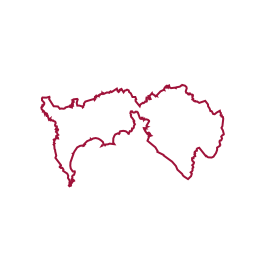 Cirebon, Jawa Barat, Indonesia, rotated 141°
{"feature_id": "22746128B77544549346240", "entity_name": "Cirebon", "entity_type": "district", "adm_level": 2, "iso_a3": "IDN", "parent_name": "Indonesia", "parent_adm1": "Jawa Barat", "projection": "orthographic", "projection_center": [108.584, -6.761], "detail": "fine", "context": "isolated", "style": "outline", "palette": "rose", "viewbox_px": 256, "rotation_deg": 141, "n_neighbors": 0, "source": "geoboundaries", "source_scale": "gbopen_adm2", "svg_char_len": 5937}
<svg xmlns="http://www.w3.org/2000/svg" viewBox="0 0 256 256"><g transform="rotate(141 128 128)"><path d="M206.1,127.0L206.5,123.4L206.8,123.4L207.1,122.5L207.8,122.5L208.2,122.0L208.0,121.7L208.5,121.2L210.2,120.5L210.1,119.6L209.3,119.6L208.9,119.1L208.2,119.4L207.8,120.4L206.1,120.7L205.9,121.3L203.1,120.9L203.0,121.8L203.8,122.8L204.4,123.0L204.2,123.6L202.6,124.1L202.1,125.3L201.0,125.9L199.3,125.6L197.0,127.2L196.7,127.9L198.3,129.0L198.0,132.5L196.6,135.0L194.2,137.6L186.9,142.1L186.9,142.7L186.5,142.5L184.3,143.5L179.7,144.9L176.5,144.3L174.1,142.9L174.2,142.2L173.4,142.0L173.3,142.7L171.8,142.4L171.8,143.1L168.0,143.5L164.4,142.4L163.9,142.9L163.8,142.1L161.7,141.8L159.4,140.5L157.7,138.3L156.8,135.7L156.3,133.0L157.3,130.4L156.7,129.8L156.7,129.0L155.7,129.2L153.8,127.9L152.1,127.4L148.8,124.0L148.6,126.1L145.9,129.2L143.3,130.6L141.9,131.0L139.2,130.2L138.7,129.0L138.0,129.1L137.6,129.8L136.2,130.4L133.5,128.8L131.8,126.9L131.2,124.5L131.4,123.5L131.1,123.0L128.6,124.4L127.7,123.5L126.9,123.5L125.8,124.1L125.9,124.5L125.2,125.0L125.1,124.8L124.9,124.5L123.3,124.6L122.1,125.9L120.2,126.6L120.3,127.6L119.6,129.3L119.2,129.0L118.7,129.5L118.4,133.4L118.6,134.2L118.0,135.9L117.3,136.3L116.9,138.0L115.4,139.1L114.8,138.8L114.3,138.3L114.6,137.7L114.1,136.6L113.1,135.8L111.8,135.9L110.8,135.0L110.9,133.9L110.6,133.7L112.5,128.4L112.4,127.7L111.8,127.3L112.2,127.0L111.9,126.7L111.1,127.2L110.9,126.6L110.3,126.6L110.7,125.4L109.7,125.0L110.2,124.4L109.7,124.5L109.9,124.1L108.3,123.2L107.3,121.7L107.1,120.3L107.4,119.9L112.2,118.1L112.5,117.5L112.0,116.7L112.9,117.0L114.1,116.7L114.1,116.3L115.3,117.5L115.3,116.8L116.1,117.1L116.3,115.9L115.9,115.4L116.6,114.7L116.7,111.0L115.2,110.6L115.2,111.5L114.7,111.3L114.5,109.9L115.2,109.6L114.7,107.5L116.0,108.0L116.4,109.0L117.2,108.7L117.6,107.7L120.9,105.8L118.9,95.8L119.5,91.5L120.2,91.0L117.3,84.7L117.6,84.2L114.9,74.1L114.7,68.3L115.8,64.5L114.8,58.2L115.2,56.6L114.9,54.8L113.5,50.5L109.3,50.9L107.2,52.3L107.2,54.1L105.6,54.0L104.4,54.5L103.3,56.1L102.1,56.2L101.6,57.1L101.5,58.7L99.4,58.9L98.3,59.8L98.7,61.4L98.3,62.0L98.4,62.7L97.2,64.2L96.1,63.3L95.5,64.1L94.2,64.2L93.5,63.8L92.9,64.8L92.9,65.8L91.9,65.9L91.9,66.8L91.3,66.9L91.0,67.5L89.6,67.4L88.7,67.0L88.0,68.3L86.9,68.5L85.1,67.8L85.2,57.1L84.6,57.0L84.5,55.5L84.1,54.7L81.6,52.4L79.6,51.9L75.3,53.2L72.5,54.9L71.1,56.7L68.0,56.3L67.6,56.8L66.9,56.8L65.7,59.6L64.8,60.3L65.2,60.4L65.3,60.4L64.4,60.4L63.7,59.8L62.9,59.9L61.4,60.8L61.0,62.6L59.4,63.0L57.9,62.7L57.4,62.9L55.8,66.4L55.3,69.3L53.5,70.0L48.2,75.2L47.3,76.8L48.0,77.9L47.4,78.5L47.9,78.7L48.1,79.5L46.4,81.1L46.4,82.4L45.8,83.6L49.3,84.2L52.0,84.2L53.0,85.3L52.4,88.1L52.7,88.9L53.3,89.3L52.3,91.9L52.1,94.4L51.0,96.0L50.9,100.5L56.8,102.7L57.6,105.1L58.6,105.8L58.6,106.5L59.4,106.8L59.8,107.9L59.5,108.5L60.0,109.6L58.9,109.9L59.0,110.8L58.4,111.8L57.3,112.0L56.8,113.0L57.0,113.4L57.5,113.4L58.0,114.9L58.5,115.6L58.2,115.9L58.6,116.3L59.4,115.6L60.0,116.1L60.1,118.2L60.6,118.8L60.0,120.2L57.4,121.9L56.8,123.1L57.1,125.1L58.8,127.4L59.5,127.2L59.9,127.5L61.7,127.5L65.0,129.3L65.7,128.8L66.4,130.0L69.5,131.9L70.1,133.6L69.3,135.2L70.2,135.4L70.8,134.8L70.7,135.8L71.3,136.5L72.2,136.5L72.3,136.1L72.6,136.1L72.4,135.4L72.8,135.8L72.9,135.4L73.2,135.7L72.9,136.3L74.5,136.1L75.6,135.5L75.9,134.6L76.3,135.2L79.7,136.0L85.4,135.2L85.5,134.8L85.8,135.4L86.6,135.2L87.1,138.0L87.8,139.0L87.4,140.0L90.3,139.4L91.6,139.8L91.4,139.0L92.2,136.3L93.4,136.9L93.3,139.2L94.4,140.0L95.7,138.8L95.6,138.0L96.3,137.6L96.3,137.1L96.9,136.8L97.6,137.2L97.9,137.8L99.5,137.4L100.5,137.7L100.6,138.2L101.4,138.3L103.7,138.5L105.2,137.5L105.2,144.0L104.4,145.2L103.6,145.1L102.8,147.5L105.0,149.3L104.0,153.1L104.5,155.4L103.8,156.7L104.4,158.1L104.9,158.5L105.7,158.5L106.9,159.1L109.0,158.5L108.5,162.5L109.8,162.8L109.6,162.1L110.1,162.5L110.7,162.3L111.8,162.5L112.0,161.9L112.7,161.9L112.8,163.5L111.9,165.6L118.0,166.2L118.4,166.4L118.4,167.4L120.0,167.6L120.4,167.2L122.0,168.9L125.3,169.7L125.3,170.5L126.1,170.5L126.0,171.5L126.7,170.9L128.5,171.7L129.3,171.3L130.0,171.8L130.5,171.3L130.6,171.9L131.4,171.7L132.4,172.5L132.4,173.1L133.1,173.0L133.4,172.4L133.6,172.9L134.1,173.0L135.3,171.8L135.3,171.1L136.4,170.8L136.2,172.0L144.5,175.4L146.9,174.7L147.5,173.6L149.0,173.3L149.5,172.5L150.2,172.5L149.9,173.3L150.4,174.1L151.7,176.0L153.3,177.3L152.1,179.8L149.1,181.9L149.2,182.6L152.2,184.5L153.4,184.7L153.1,183.9L153.5,182.9L154.3,183.7L154.9,183.0L154.5,182.9L154.4,182.4L155.1,182.4L155.4,181.9L156.1,182.3L156.5,182.0L157.1,181.2L156.2,181.1L156.2,180.7L157.2,180.2L157.1,179.8L158.3,179.9L158.7,179.3L159.5,180.4L158.2,181.0L158.8,181.3L158.8,181.9L159.8,181.7L163.7,183.3L164.7,183.0L165.8,183.4L167.8,185.3L168.9,185.8L168.9,188.8L172.1,191.7L171.1,200.1L169.7,201.2L169.5,201.7L172.4,203.0L175.3,205.5L176.2,205.2L177.4,203.6L177.2,200.4L177.9,199.4L178.8,199.0L179.2,199.4L180.0,198.8L180.3,199.4L180.7,199.0L181.2,199.0L181.5,198.4L182.1,198.6L182.5,198.4L183.3,196.7L183.0,195.0L183.8,194.3L182.8,193.7L183.7,191.4L182.8,192.0L182.0,190.2L182.3,190.0L182.7,190.4L182.5,188.7L183.4,188.9L183.6,188.5L183.1,188.1L183.2,186.8L184.2,184.2L182.8,184.2L183.6,183.7L183.6,182.9L183.3,182.5L182.4,182.5L182.1,181.2L181.4,180.9L181.3,180.0L180.6,178.7L181.1,177.3L182.7,176.4L183.2,175.6L183.2,175.0L182.3,174.2L182.6,173.4L185.1,172.5L184.7,171.4L183.3,171.2L183.3,170.8L184.2,170.2L185.8,170.7L186.4,170.4L186.2,168.6L186.7,167.5L186.6,166.6L188.8,167.0L189.3,166.5L188.5,164.7L188.9,163.9L190.3,165.5L190.8,165.5L191.8,164.8L192.7,165.7L193.1,165.7L193.6,164.0L194.8,163.3L194.8,162.0L196.2,162.0L196.4,160.6L198.2,158.1L198.5,156.7L199.2,155.8L201.2,151.6L203.2,150.5L203.5,141.2L203.8,140.8L205.3,141.0L205.7,140.5L205.3,139.7L205.3,139.1L204.1,138.3L204.3,136.4L205.4,135.5L203.9,130.8L204.5,128.5L206.1,127.0ZM158.2,131.1L159.6,130.6L158.9,130.4L158.2,131.1Z" fill="none" stroke="#9f1239" stroke-width="2"/></g></svg>